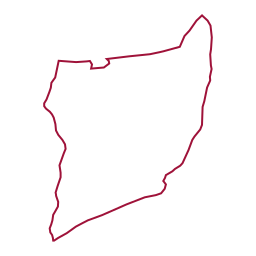 Toto, Nassarawa, Nigeria (Albers equal-area conic projection)
{"feature_id": "59680162B43531883815254", "entity_name": "Toto", "entity_type": "district", "adm_level": 2, "iso_a3": "NGA", "parent_name": "Nigeria", "parent_adm1": "Nassarawa", "projection": "albers", "projection_center": [7.153, 8.233], "detail": "fine", "context": "isolated", "style": "outline", "palette": "rose", "viewbox_px": 256, "rotation_deg": 0, "n_neighbors": 0, "source": "geoboundaries", "source_scale": "gbopen_adm2", "svg_char_len": 1244}
<svg xmlns="http://www.w3.org/2000/svg" viewBox="0 0 256 256"><path d="M58.7,60.8L55.2,77.5L51.4,82.8L50.9,87.1L50.8,87.8L49.4,91.9L46.5,99.5L44.2,103.3L44.2,106.2L45.9,108.5L46.2,108.8L49.9,111.8L52.0,114.4L53.7,117.6L55.4,124.1L56.0,130.5L58.3,134.9L62.4,139.9L65.0,144.3L65.6,148.9L63.8,153.3L59.5,165.3L60.6,172.7L60.6,177.3L57.6,186.1L55.6,192.6L56.0,194.4L56.1,195.8L58.2,201.9L57.9,206.6L54.8,212.1L53.2,214.8L52.4,220.4L51.2,224.5L49.7,228.3L50.3,232.4L52.1,235.0L52.9,237.9L53.2,240.6L54.1,240.6L58.2,237.9L66.7,233.2L75.9,226.6L82.5,223.1L86.6,221.0L87.7,220.4L101.9,215.2L126.5,204.4L144.8,197.3L155.9,195.1L161.1,193.3L164.7,188.8L165.9,184.4L163.3,181.0L165.0,177.9L165.9,175.1L172.4,171.3L175.0,168.9L180.2,165.7L182.5,163.2L188.5,150.1L192.3,139.9L194.5,136.5L200.2,129.5L202.0,124.9L202.6,106.9L204.3,101.2L207.1,87.5L209.9,81.2L210.2,80.3L209.9,76.8L211.6,69.0L210.9,65.4L210.2,54.4L211.0,49.3L211.8,37.4L210.5,25.6L207.6,20.6L202.0,15.4L196.5,20.6L189.5,30.6L184.5,36.0L179.8,46.8L163.4,51.3L159.5,52.2L150.0,54.2L143.2,54.9L129.3,56.3L111.8,58.4L106.8,59.0L108.8,61.0L109.2,63.5L103.9,67.5L91.1,68.6L92.0,64.4L89.9,61.0L86.6,61.4L76.1,62.1L66.6,61.4L60.2,60.9L58.7,60.8Z" fill="none" stroke="#9f1239" stroke-width="2"/></svg>